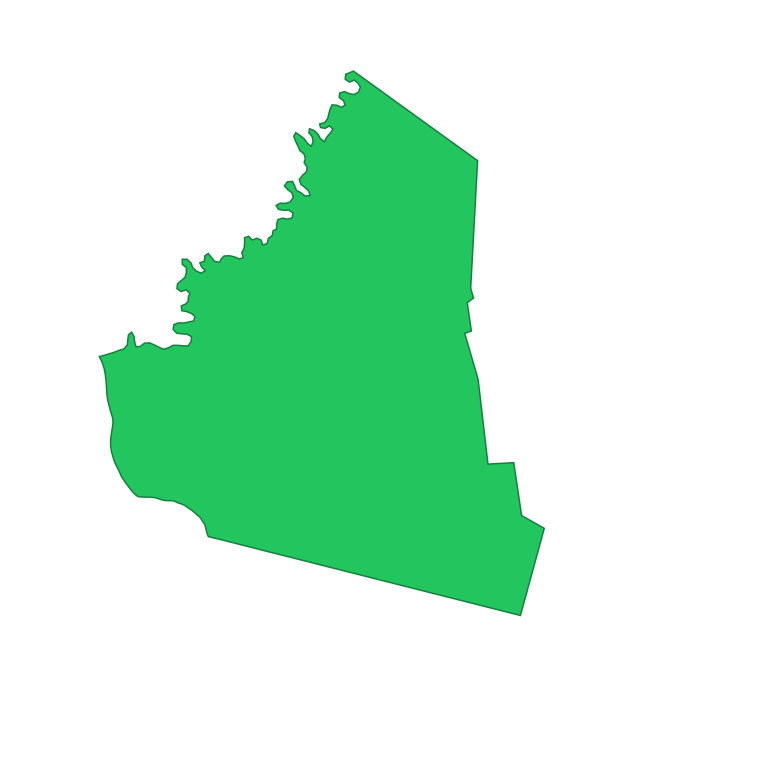 Montecarlo, Misiones, Argentina (Mercator projection), rotated 306°
{"feature_id": "61730980B57669558110084", "entity_name": "Montecarlo", "entity_type": "district", "adm_level": 2, "iso_a3": "ARG", "parent_name": "Argentina", "parent_adm1": "Misiones", "projection": "mercator", "projection_center": [-54.553, -26.697], "detail": "fine", "context": "isolated", "style": "filled", "palette": "green", "viewbox_px": 768, "rotation_deg": 306, "n_neighbors": 0, "source": "geoboundaries", "source_scale": "gbopen_adm2", "svg_char_len": 3927}
<svg xmlns="http://www.w3.org/2000/svg" viewBox="0 0 768 768"><g transform="rotate(306 384 384)"><path d="M619.2,175.4L612.1,171.0L607.8,173.4L607.9,178.6L611.7,180.9L612.3,181.3L612.3,181.7L612.1,185.9L610.4,190.3L605.3,191.9L601.8,190.2L600.7,189.8L598.5,185.2L598.1,183.5L597.4,180.2L593.4,177.1L589.4,179.4L589.4,184.7L586.8,188.6L583.3,187.2L582.9,187.0L581.9,182.3L581.8,182.1L579.3,177.8L574.5,178.9L570.0,180.6L569.8,180.7L565.8,182.4L560.6,182.3L556.5,179.1L554.2,181.9L556.2,186.1L559.0,187.4L560.8,188.3L560.7,189.1L560.1,193.0L555.2,193.0L550.1,192.6L547.2,193.1L545.1,193.5L545.1,188.3L547.3,183.7L548.0,178.5L547.4,176.3L546.7,173.7L543.1,175.6L541.9,180.5L538.4,184.2L533.6,185.4L533.6,182.5L533.7,180.3L535.5,175.4L535.7,170.2L535.6,167.3L535.5,164.9L531.4,165.3L528.5,169.6L526.1,174.3L523.4,178.7L523.3,182.0L523.2,182.7L523.1,183.9L520.4,187.7L516.0,189.4L514.3,194.4L510.0,196.5L504.9,195.4L499.7,195.3L496.7,199.3L496.5,204.6L495.8,209.8L493.0,213.4L492.4,212.8L489.7,209.7L489.9,204.5L489.1,199.3L491.9,195.1L493.7,191.7L494.1,191.0L490.9,187.0L485.8,186.9L484.6,191.9L484.6,197.1L481.5,201.0L476.3,201.0L472.2,198.2L469.4,193.8L465.2,191.8L463.2,195.8L465.5,200.6L466.6,202.0L468.7,204.6L468.8,207.2L468.8,209.8L464.5,212.1L461.2,209.6L460.7,209.3L460.5,208.8L458.6,204.5L454.6,201.5L450.1,203.3L446.2,206.0L442.8,204.2L438.4,206.3L433.7,204.9L428.9,206.9L425.2,204.2L426.5,202.4L428.2,200.1L427.2,195.5L426.2,194.8L423.0,192.8L423.3,190.9L424.0,187.7L420.4,185.2L416.2,188.3L411.8,190.9L406.7,191.8L403.4,195.9L400.1,193.3L398.9,188.2L396.9,183.5L394.7,180.8L394.4,180.5L393.6,179.4L389.6,178.8L386.1,179.5L385.7,178.9L383.7,175.3L384.9,170.2L385.0,169.9L386.3,165.1L382.4,163.8L377.8,166.5L373.8,163.8L371.4,167.8L370.7,172.8L368.3,171.8L366.2,171.0L365.1,165.9L365.7,160.8L368.6,156.4L369.0,152.3L369.1,151.3L366.4,147.5L362.2,150.4L362.0,155.7L358.2,158.5L353.4,160.3L348.6,159.2L343.7,158.0L339.4,160.5L339.5,165.4L340.7,166.3L343.8,168.5L343.6,171.2L343.5,173.4L339.4,174.6L336.0,176.8L332.6,176.8L328.1,174.1L324.4,177.3L325.7,180.0L326.5,181.5L327.8,186.4L327.8,186.5L327.6,191.3L323.2,193.0L319.4,189.5L315.6,186.1L312.6,181.7L308.4,179.1L304.1,181.5L303.3,186.5L305.8,191.0L308.5,195.5L309.0,199.0L309.2,200.4L304.9,203.0L299.7,203.2L299.4,202.8L296.8,199.0L294.2,194.6L291.3,190.6L291.2,190.5L286.6,188.3L282.5,185.2L281.5,180.4L280.6,175.3L279.5,170.2L278.2,168.6L276.3,166.2L271.4,164.8L269.1,162.6L268.3,161.8L271.4,157.6L275.3,154.2L277.1,150.4L277.6,149.4L273.7,148.3L269.1,150.8L264.7,153.4L264.2,153.3L259.6,153.1L255.5,149.9L251.2,147.2L248.6,145.2L246.0,143.3L240.9,139.3L239.9,138.5L238.8,137.6L236.8,141.5L235.1,144.4L231.5,149.1L227.4,153.4L222.2,158.2L215.3,163.8L211.6,166.9L207.6,171.1L205.0,174.3L201.5,178.4L199.5,181.2L196.7,184.8L193.7,187.3L190.6,189.1L184.9,192.0L181.2,193.9L178.2,195.6L175.2,197.7L173.1,199.4L170.9,201.5L168.8,203.6L166.8,206.2L164.0,209.8L162.1,212.7L160.0,216.7L158.2,220.1L157.0,222.3L154.6,226.4L152.3,232.6L150.9,237.3L149.5,241.9L148.6,245.6L148.3,248.3L148.3,250.7L149.4,253.3L152.0,257.1L155.5,262.0L157.6,265.9L158.5,268.4L158.6,268.5L159.3,271.2L160.5,274.5L162.7,277.8L164.6,280.5L165.3,281.9L165.9,283.0L167.0,288.1L167.2,288.6L167.8,290.3L168.7,294.0L168.7,296.7L168.7,299.0L168.8,301.0L168.9,303.1L168.6,305.7L168.6,307.9L168.1,309.8L168.3,311.5L167.8,314.0L167.2,315.8L166.0,318.7L165.0,321.5L164.4,322.3L158.6,329.4L157.3,331.5L157.5,332.1L158.6,334.8L163.5,346.7L163.9,347.8L165.8,352.6L170.4,364.1L171.6,367.1L172.1,368.3L178.6,384.7L182.9,395.4L221.2,491.2L276.9,630.4L323.4,612.9L354.1,601.3L356.7,600.3L361.4,598.5L359.1,578.3L358.5,572.6L393.5,538.3L396.6,535.2L380.3,515.2L381.8,513.8L385.3,510.6L443.1,457.4L472.4,419.6L475.8,421.8L478.2,423.5L479.2,422.6L498.7,403.6L501.1,404.3L506.1,405.9L512.4,397.9L512.5,397.8L617.6,329.8L619.7,328.5L619.2,177.7L619.2,175.4Z" fill="#22c55e" stroke="#15803d" stroke-width="1.5"/></g></svg>